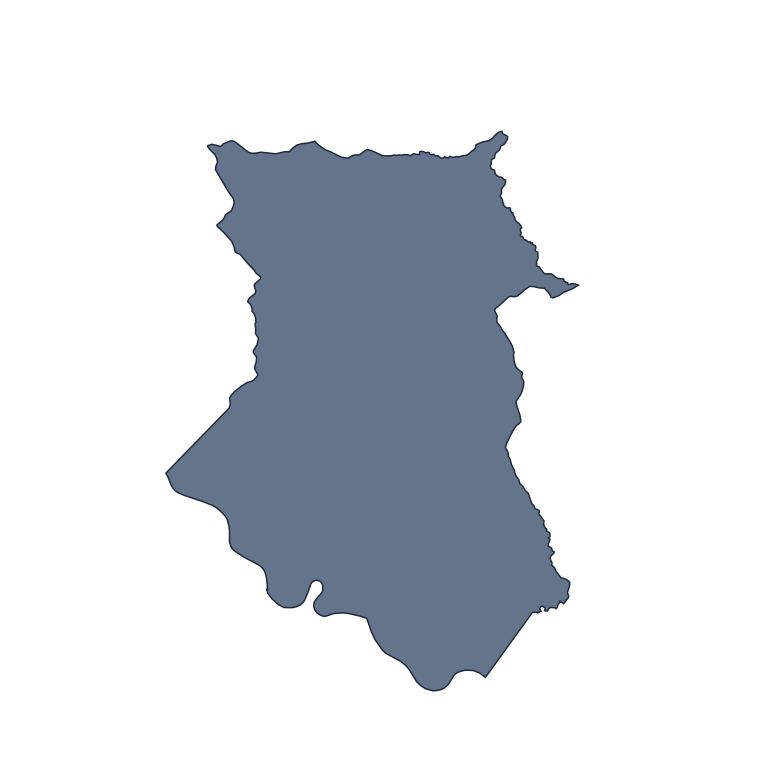 the district of La Unión, Valle del Cauca, Colombia, rotated 108°
{"feature_id": "7082276B77686816472796", "entity_name": "La Unión", "entity_type": "district", "adm_level": 2, "iso_a3": "COL", "parent_name": "Colombia", "parent_adm1": "Valle del Cauca", "projection": "robinson", "projection_center": [-76.127, 4.537], "detail": "fine", "context": "isolated", "style": "filled", "palette": "slate", "viewbox_px": 768, "rotation_deg": 108, "n_neighbors": 0, "source": "geoboundaries", "source_scale": "gbopen_adm2", "svg_char_len": 6171}
<svg xmlns="http://www.w3.org/2000/svg" viewBox="0 0 768 768"><g transform="rotate(108 384 384)"><path d="M175.3,482.7L176.4,484.4L180.3,488.0L180.7,489.2L181.5,495.0L179.7,506.5L179.4,511.7L177.5,518.4L175.8,522.8L174.5,524.5L178.4,530.8L180.8,536.4L183.8,540.8L188.1,543.8L192.3,545.7L194.0,550.6L198.0,557.1L198.8,559.3L201.6,572.7L204.6,578.4L205.6,582.0L205.4,584.1L204.5,587.3L200.4,598.4L199.5,601.6L199.5,603.2L200.3,605.2L205.3,611.1L207.7,612.2L208.6,613.2L209.2,621.8L211.8,625.3L212.5,625.2L213.9,623.6L218.5,615.2L220.7,613.1L224.3,610.9L229.1,611.2L232.2,610.5L248.7,592.0L254.0,584.9L256.1,583.3L258.2,582.5L261.0,582.3L266.7,582.7L269.6,585.4L272.2,587.1L275.5,587.3L277.8,587.9L283.6,591.7L284.6,592.0L285.4,591.6L290.0,582.1L295.3,573.0L300.5,568.5L304.3,566.4L304.7,565.6L305.2,560.8L311.9,550.1L315.9,542.7L318.3,539.7L319.4,536.7L320.5,534.4L321.2,533.9L322.0,533.9L328.9,537.9L330.6,537.9L334.8,534.9L337.3,534.3L343.5,538.3L345.2,539.0L347.6,539.0L348.1,538.8L349.2,536.2L350.3,534.9L353.4,532.6L355.5,532.1L357.9,528.7L360.4,526.8L364.4,525.0L366.6,525.2L372.4,522.6L375.7,521.9L377.8,519.2L379.6,517.6L381.9,517.1L386.2,516.9L392.5,518.5L393.7,518.4L394.6,517.8L397.3,514.0L398.6,513.2L402.8,512.3L407.8,512.4L409.9,511.3L414.3,506.8L415.0,506.6L420.5,509.1L423.1,511.6L424.6,514.3L425.7,515.4L430.0,518.9L438.1,524.2L441.8,525.8L445.1,526.4L450.5,524.0L452.0,523.7L455.1,524.0L536.2,563.9L538.9,561.0L546.2,554.9L548.9,551.7L550.4,548.6L551.1,545.9L551.7,538.7L551.8,520.0L552.4,510.7L552.9,507.1L554.6,502.1L558.6,494.2L561.3,491.2L566.9,487.6L570.9,485.7L582.2,482.1L586.6,478.7L587.8,477.1L589.0,474.4L590.4,469.4L591.9,464.0L594.6,448.5L595.5,445.0L597.0,442.0L599.0,439.7L601.8,437.6L605.1,435.6L615.4,431.2L615.5,432.1L618.9,429.9L622.8,424.4L626.4,416.5L627.5,410.2L626.1,405.2L624.8,401.6L622.9,398.4L619.9,395.3L617.2,393.7L614.5,392.7L604.7,391.9L596.4,391.8L594.3,390.9L592.5,389.3L591.4,387.6L591.3,383.9L592.2,381.9L594.5,380.0L599.7,378.4L601.5,378.6L609.4,382.0L612.6,382.9L615.3,382.7L617.3,382.1L620.3,379.9L622.3,376.9L623.2,374.3L623.7,371.3L623.4,369.0L622.4,367.0L618.0,361.1L616.8,358.8L614.4,352.4L613.7,349.2L613.0,345.1L612.2,335.3L612.2,329.1L612.6,327.6L623.5,319.5L630.2,313.2L637.7,303.1L639.2,300.1L639.9,297.5L642.7,282.3L644.9,276.6L646.8,273.3L648.7,270.7L657.1,260.9L659.5,256.0L660.9,250.9L660.9,246.5L660.6,242.8L660.1,241.0L657.6,236.1L654.9,233.0L650.4,230.2L639.2,227.3L637.0,226.1L635.2,224.4L633.2,221.7L631.6,219.2L630.3,216.0L628.9,210.5L629.3,203.7L631.7,196.9L555.5,172.3L554.0,169.0L553.8,167.7L554.2,167.2L553.4,166.0L552.7,165.9L551.7,164.5L549.9,166.3L547.7,166.3L546.7,165.4L546.5,164.4L547.1,161.7L547.5,161.3L549.9,161.3L550.0,160.8L549.5,158.5L546.0,157.5L545.0,156.4L544.0,152.1L544.5,150.9L542.8,150.4L538.9,150.1L537.5,149.2L536.2,149.6L536.9,146.4L537.5,145.3L530.3,142.7L529.1,142.7L528.1,143.2L525.6,145.1L518.1,145.2L515.7,145.9L515.0,146.6L514.1,148.1L513.4,150.9L513.3,153.3L513.6,154.7L513.4,156.3L510.2,160.5L509.2,162.5L506.3,164.7L504.4,168.4L502.1,169.0L499.4,171.6L497.9,172.2L496.1,172.2L492.7,170.3L491.2,170.1L490.6,172.4L488.3,173.9L487.5,177.8L485.2,178.3L480.7,178.0L480.2,178.3L480.0,179.5L479.4,180.2L478.2,179.0L477.7,179.0L474.7,180.2L474.2,181.0L473.7,183.6L472.8,184.3L471.6,184.5L471.2,186.0L470.3,187.3L467.7,189.0L464.8,189.5L459.8,196.3L459.3,196.7L456.7,196.9L456.2,198.0L455.9,201.3L455.4,202.4L453.7,203.4L452.1,206.5L443.1,213.3L441.7,216.8L438.1,220.6L436.8,223.9L433.4,226.2L431.1,229.4L429.3,231.3L425.7,233.4L421.6,237.6L416.5,240.9L414.5,243.1L411.3,244.6L409.8,245.7L407.4,248.4L406.6,248.9L402.0,249.0L388.3,246.9L382.8,245.3L380.3,243.5L377.8,242.4L376.8,242.4L371.3,245.3L363.1,251.4L360.0,253.0L351.9,250.8L348.7,250.5L342.8,250.7L338.8,251.7L334.9,255.3L330.8,255.7L330.2,256.3L329.2,259.7L327.6,262.9L326.4,264.2L322.2,267.2L316.3,269.9L313.8,270.0L308.6,273.4L304.7,277.3L300.8,282.2L298.8,284.2L295.8,288.8L293.8,290.5L290.3,295.7L288.5,296.5L284.3,297.4L280.0,301.5L277.9,301.5L273.7,298.6L262.6,292.4L261.6,291.0L260.7,286.9L259.1,284.3L250.9,279.3L246.5,275.9L245.8,274.6L245.1,271.9L244.7,266.5L243.4,261.0L246.3,255.5L249.9,251.7L250.0,250.0L246.0,245.1L240.9,241.2L237.4,236.8L234.1,233.2L229.9,229.6L229.8,232.9L230.5,236.2L230.7,236.9L232.1,238.3L232.3,239.4L231.8,240.3L231.0,240.5L230.8,241.3L231.1,242.1L230.3,244.7L229.8,245.2L229.0,245.3L228.6,246.0L229.8,251.2L229.4,253.6L227.8,257.7L227.6,259.3L229.2,263.9L229.3,266.3L224.7,272.4L224.7,274.3L224.2,275.6L222.4,275.9L220.8,276.7L217.0,276.4L212.5,277.9L211.0,278.8L210.8,280.8L210.1,281.6L207.5,281.6L205.6,282.8L205.5,285.8L204.2,286.1L203.8,286.7L204.7,287.8L203.5,289.2L204.1,290.1L204.1,291.2L203.3,293.3L203.2,295.8L201.3,297.2L200.9,299.9L200.3,300.3L198.3,300.0L195.0,302.4L192.9,301.3L191.2,302.8L189.4,305.4L188.7,308.1L187.8,309.5L184.0,312.3L181.9,314.9L181.9,313.5L181.4,314.6L181.6,315.4L180.9,316.3L179.8,317.3L177.7,318.2L177.5,319.3L178.5,320.8L178.6,322.0L176.9,325.8L175.2,326.1L174.6,327.5L173.2,327.7L171.1,329.3L169.9,331.2L169.1,331.6L165.9,331.1L163.3,332.3L161.9,332.4L156.4,330.5L152.5,331.3L152.4,333.2L151.0,336.1L151.5,338.6L150.8,341.3L149.6,343.3L146.8,344.8L146.4,345.7L146.2,348.5L144.2,350.1L141.7,350.0L137.2,351.1L135.6,349.3L134.5,348.9L132.0,349.3L130.0,349.1L125.5,346.4L121.5,346.4L119.1,344.0L118.1,343.4L112.9,342.2L110.7,342.8L109.9,344.2L109.4,348.0L108.2,349.4L107.1,349.9L109.2,352.8L113.5,355.4L116.4,356.6L120.1,359.4L123.4,365.1L127.9,370.3L131.1,370.0L133.3,370.7L135.9,372.9L138.4,374.1L140.7,375.8L142.9,380.4L145.1,382.9L145.1,384.8L147.3,388.6L147.1,391.5L147.7,392.1L148.9,392.5L149.4,393.6L149.0,396.4L151.1,397.7L151.6,399.5L150.3,402.7L151.0,405.1L150.8,406.7L150.1,407.6L151.4,409.8L151.1,411.6L150.0,412.6L150.1,414.0L151.1,415.4L151.2,416.4L150.9,417.9L151.0,420.0L151.9,421.6L152.4,421.8L154.8,421.2L155.5,423.5L155.9,427.3L158.8,429.3L158.6,432.0L159.1,434.0L159.7,435.9L160.9,437.8L161.5,440.3L162.8,443.3L163.2,445.6L164.8,447.7L167.2,455.3L167.4,456.5L167.1,457.0L166.0,467.3L166.0,471.4L166.9,473.1L168.1,474.3L172.9,477.6L174.0,479.1L175.3,482.7Z" fill="#64748b" stroke="#1e293b" stroke-width="1.5"/></g></svg>